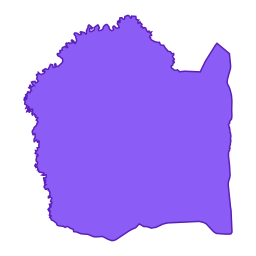 Wang Hin, Si Sa Ket, Thailand
{"feature_id": "78962969B5946354478732", "entity_name": "Wang Hin", "entity_type": "district", "adm_level": 2, "iso_a3": "THA", "parent_name": "Thailand", "parent_adm1": "Si Sa Ket", "projection": "natural_earth1", "projection_center": [104.168, 14.969], "detail": "fine", "context": "isolated", "style": "filled", "palette": "violet", "viewbox_px": 256, "rotation_deg": 0, "n_neighbors": 0, "source": "geoboundaries", "source_scale": "gbopen_adm2", "svg_char_len": 5550}
<svg xmlns="http://www.w3.org/2000/svg" viewBox="0 0 256 256"><path d="M216.2,233.4L225.4,234.1L230.7,234.0L232.0,232.2L231.0,209.9L230.5,207.2L228.2,184.7L228.4,181.9L229.6,178.2L230.1,175.4L229.5,165.1L228.5,156.4L228.5,152.8L228.7,151.7L229.5,150.5L229.6,148.4L230.0,148.3L229.6,147.1L230.4,144.3L230.5,142.3L230.7,141.7L230.9,140.6L230.5,139.9L230.7,138.3L230.5,137.8L230.9,136.3L230.4,132.7L230.0,132.3L229.8,129.0L229.4,128.4L229.6,127.7L229.1,127.3L229.1,126.4L228.4,124.5L229.7,123.1L229.6,122.2L229.8,121.2L231.6,118.9L231.9,115.6L231.7,110.3L231.9,100.9L231.5,95.6L230.2,90.1L228.9,86.6L227.7,84.5L227.1,82.3L227.5,79.0L230.5,68.3L230.6,65.6L229.4,53.6L217.0,43.3L215.7,44.8L205.4,61.2L200.2,71.9L184.4,71.2L179.6,71.8L177.5,69.8L176.5,70.2L174.2,70.2L173.0,68.9L171.6,68.0L171.1,66.5L171.2,66.0L172.6,65.3L173.0,63.7L174.3,62.4L174.1,61.8L173.2,61.7L172.9,60.8L173.5,60.0L174.3,59.8L174.3,59.2L172.5,56.7L172.7,56.0L173.8,54.9L173.6,53.5L171.8,53.7L170.5,51.8L167.6,51.0L167.2,50.1L165.0,47.6L163.7,45.3L161.0,45.1L160.0,43.9L159.5,42.3L158.6,42.5L155.1,41.8L151.2,39.8L150.6,38.8L150.6,37.8L149.9,37.6L149.5,37.0L150.3,35.7L151.3,35.6L151.7,35.1L150.5,33.6L151.4,32.0L149.8,32.4L149.0,31.1L148.4,32.0L148.0,32.0L146.6,30.5L145.7,28.0L144.2,27.5L143.2,28.3L142.4,26.9L141.2,26.9L141.2,26.3L142.0,24.3L140.6,23.0L139.9,21.9L138.8,23.4L138.1,23.4L137.9,21.2L138.7,20.1L136.2,19.4L135.8,16.4L131.6,16.1L131.4,17.9L131.0,18.1L130.6,17.9L129.4,16.2L128.3,15.4L127.7,15.4L124.9,16.5L124.6,18.7L124.2,19.3L122.8,18.9L121.8,17.7L120.0,17.8L119.6,19.5L120.1,20.6L120.0,22.3L119.2,22.6L119.0,22.0L119.2,21.1L118.5,20.8L117.8,21.3L117.3,23.5L117.6,24.4L118.5,25.4L119.2,27.6L116.7,28.3L114.2,26.0L113.7,26.0L113.0,26.7L112.8,27.6L113.6,29.5L112.6,30.4L111.4,30.6L110.0,29.6L109.2,28.5L109.0,27.0L107.3,24.7L106.6,24.4L104.7,25.3L103.3,27.0L102.9,28.9L102.2,29.6L100.8,30.4L98.7,30.6L98.3,29.4L99.2,28.4L99.4,27.7L98.2,25.1L97.7,24.9L94.1,27.6L94.4,29.8L92.6,31.0L90.6,31.7L89.6,31.0L89.7,28.7L90.2,28.3L91.9,28.9L92.4,27.7L89.4,25.1L88.8,25.0L88.3,25.5L87.9,27.6L86.5,30.5L86.4,33.1L86.1,34.0L85.6,33.9L84.1,32.5L81.2,31.8L80.4,31.9L80.2,32.5L81.3,33.5L81.5,34.1L80.0,34.8L79.3,34.7L76.8,33.1L74.6,33.0L74.2,33.7L74.2,34.5L75.5,36.0L76.6,40.5L75.4,43.4L74.9,43.5L73.8,41.2L72.0,39.9L71.4,40.4L71.4,41.0L73.2,41.8L73.0,42.5L69.8,43.4L68.9,42.7L67.2,43.6L66.7,43.1L66.2,43.2L65.9,43.6L66.0,44.6L67.7,47.1L67.6,47.6L66.4,47.5L65.2,46.3L62.8,47.4L62.1,48.2L62.1,50.2L60.0,50.5L59.8,51.1L60.4,52.0L60.2,52.4L58.8,53.8L57.9,53.4L57.3,53.8L57.2,54.5L57.8,55.6L58.6,56.2L59.7,56.3L60.5,57.4L62.5,58.8L62.8,61.0L62.1,62.8L58.5,66.1L57.7,66.4L56.0,66.3L55.9,64.2L55.1,63.7L54.7,64.7L55.2,66.5L54.7,67.3L54.0,67.5L53.1,67.3L52.7,65.0L51.8,64.5L50.5,64.4L48.3,69.2L46.9,69.4L45.5,68.7L42.9,70.2L42.6,70.9L42.8,71.5L44.5,71.1L45.0,71.6L44.9,72.1L43.5,73.6L41.4,74.5L40.0,74.0L38.2,72.4L38.0,74.3L36.5,74.5L36.6,75.4L37.4,76.4L36.6,78.8L38.2,80.9L38.2,81.4L36.0,83.0L35.6,82.9L35.1,81.4L32.4,81.6L31.4,82.2L32.5,84.3L34.2,85.7L33.1,85.8L31.1,87.4L30.7,86.7L30.8,85.4L30.4,85.1L29.9,85.2L29.7,86.5L28.8,87.7L30.6,88.7L31.5,90.7L30.2,91.1L30.0,92.8L29.1,92.7L28.1,91.7L27.6,92.0L27.4,93.4L25.6,94.9L26.0,95.4L27.0,95.3L27.2,95.9L25.9,96.4L24.5,97.8L25.0,98.5L26.4,97.7L26.9,97.9L26.9,98.2L25.9,99.5L24.3,98.9L24.0,99.8L25.1,101.3L24.7,104.0L27.0,105.5L26.0,108.0L26.5,107.7L27.1,108.0L27.5,108.9L27.8,109.0L28.6,108.4L28.5,106.7L29.2,107.2L29.3,109.0L27.0,110.7L26.8,111.6L29.4,110.3L28.9,111.9L29.5,112.2L29.9,111.6L30.1,110.6L30.9,110.1L30.7,109.3L32.5,109.2L32.7,110.5L31.7,111.7L32.6,112.3L31.9,113.6L32.4,115.1L32.7,115.1L33.4,113.9L34.0,113.7L35.0,114.9L34.9,115.8L35.9,115.9L35.6,116.9L35.8,117.5L37.6,117.7L37.9,118.0L36.2,120.1L37.7,121.4L37.6,122.8L36.9,123.4L36.9,124.4L35.6,126.3L34.2,127.3L33.7,129.0L32.5,130.6L32.2,131.9L33.0,134.7L33.4,134.7L34.3,133.6L34.9,133.8L35.2,137.4L34.1,138.9L34.1,141.6L34.4,141.7L34.8,141.1L36.6,140.0L37.5,142.2L38.2,142.1L38.8,141.0L39.3,141.8L38.9,142.8L39.1,144.0L38.7,145.0L39.1,147.4L37.1,147.8L37.6,149.1L37.3,150.2L36.9,150.7L35.5,150.5L36.0,152.0L35.1,153.2L36.0,153.9L37.3,154.2L38.0,155.1L37.8,156.1L36.5,156.0L36.7,157.4L36.0,159.7L36.3,161.4L37.5,162.1L37.5,164.0L36.4,164.5L35.6,164.1L34.8,165.8L35.4,166.4L35.9,165.6L36.3,165.7L36.0,167.3L37.2,166.8L37.3,167.8L38.1,169.0L37.5,169.9L38.7,170.3L38.5,171.5L39.8,172.3L42.9,172.6L43.9,173.2L43.9,173.7L42.0,175.0L44.1,175.4L45.7,174.8L46.3,175.0L46.0,175.8L46.3,176.9L46.0,177.7L44.8,178.0L43.8,177.8L43.5,178.3L44.1,179.6L44.0,180.6L44.5,180.7L45.3,180.0L45.6,180.1L45.4,182.4L44.6,182.2L44.5,182.8L44.8,184.3L45.9,184.7L44.4,185.8L44.0,186.9L45.2,188.6L45.3,189.2L46.3,189.4L47.1,188.6L48.6,189.1L48.1,190.1L49.8,191.7L49.9,195.3L48.4,196.5L48.4,197.9L48.7,198.0L50.6,196.9L51.8,198.3L50.5,201.2L50.7,201.7L51.8,201.9L51.7,203.6L49.4,204.3L49.7,205.0L50.6,204.9L51.2,206.5L50.6,207.0L49.9,206.5L50.0,207.6L48.8,208.3L48.0,209.5L48.7,210.4L49.3,209.8L49.2,211.2L50.2,211.3L49.7,212.9L49.8,214.2L49.3,215.2L49.9,215.8L50.9,215.7L51.2,216.1L49.7,217.4L51.0,218.6L51.2,219.8L53.6,220.9L56.6,223.4L56.7,224.3L57.4,225.3L58.9,225.8L63.2,226.3L65.2,227.4L66.6,226.6L67.7,226.5L70.5,228.4L73.2,229.3L73.7,231.6L76.6,232.0L81.1,233.8L87.8,234.3L93.4,236.6L95.2,236.9L102.7,236.5L107.6,239.1L111.7,240.6L113.7,240.5L116.0,239.6L128.4,231.3L131.7,229.4L135.7,227.7L139.2,223.9L143.9,226.6L146.7,226.6L151.4,228.1L156.3,227.2L162.8,224.1L167.8,222.9L199.1,221.4L203.5,222.4L206.3,223.9L213.6,231.7L216.2,233.4Z" fill="#8b5cf6" stroke="#5b21b6" stroke-width="1.5"/></svg>